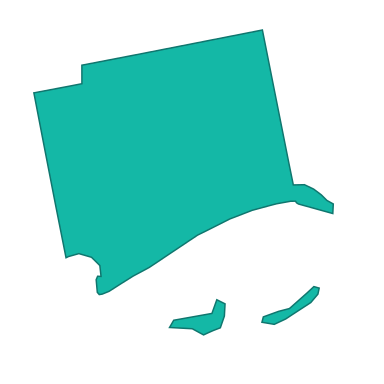 the district of Harrison, Mississippi, United States of America, rotated 349°
{"feature_id": "52423323B27952664457255", "entity_name": "Harrison", "entity_type": "district", "adm_level": 2, "iso_a3": "USA", "parent_name": "United States of America", "parent_adm1": "Mississippi", "projection": "robinson", "projection_center": [-89.065, 30.439], "detail": "fine", "context": "isolated", "style": "filled", "palette": "teal", "viewbox_px": 384, "rotation_deg": 349, "n_neighbors": 0, "source": "geoboundaries", "source_scale": "gbopen_adm2", "svg_char_len": 1084}
<svg xmlns="http://www.w3.org/2000/svg" viewBox="0 0 384 384"><g transform="rotate(349 192 192)"><path d="M292.0,46.4L239.6,46.5L162.8,46.6L108.1,46.5L104.6,64.7L102.0,64.7L90.8,64.7L55.7,64.5L55.6,123.7L55.6,179.4L55.8,232.5L58.4,231.8L69.2,230.9L80.9,236.9L87.5,246.6L86.6,257.5L83.3,256.7L81.2,259.8L79.9,272.4L81.4,275.0L84.4,275.1L91.6,273.7L104.7,268.5L118.2,263.3L135.6,257.9L167.3,244.6L181.3,238.7L181.9,238.5L189.2,235.4L202.7,231.7L204.8,231.1L223.9,225.7L246.4,221.7L247.2,221.5L252.6,221.1L266.3,220.1L272.7,219.7L287.2,219.9L291.9,220.8L292.5,222.5L294.2,224.1L326.1,240.0L328.4,230.7L322.8,226.0L318.4,219.5L312.0,212.4L303.8,206.3L292.8,204.4L292.6,182.8L292.3,117.5L292.0,46.4ZM149.6,314.4L144.1,320.7L166.2,326.3L176.1,334.5L181.3,333.2L186.6,332.0L193.9,330.7L200.1,320.0L203.1,308.1L195.8,302.5L188.4,315.0L181.5,314.9L149.6,314.4ZM238.2,328.2L235.8,333.2L247.5,337.6L259.8,334.5L266.8,331.6L287.5,323.2L296.1,316.3L298.5,310.6L293.6,308.1L285.6,313.1L266.8,324.2L265.3,325.0L254.2,325.7L238.2,328.2Z" fill="#14b8a6" stroke="#0f766e" stroke-width="1.5"/></g></svg>